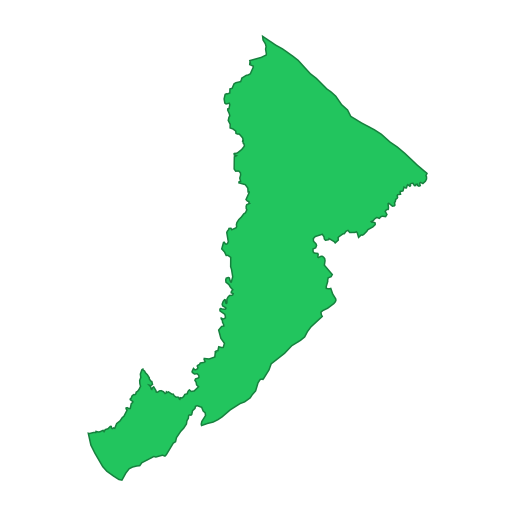 District #4, Grand Bassa, Liberia, rotated 178°
{"feature_id": "62588387B61310853787803", "entity_name": "District #4", "entity_type": "district", "adm_level": 2, "iso_a3": "LBR", "parent_name": "Liberia", "parent_adm1": "Grand Bassa", "projection": "mercator", "projection_center": [-9.694, 5.903], "detail": "fine", "context": "isolated", "style": "filled", "palette": "green", "viewbox_px": 512, "rotation_deg": 178, "n_neighbors": 0, "source": "geoboundaries", "source_scale": "gbopen_adm2", "svg_char_len": 6092}
<svg xmlns="http://www.w3.org/2000/svg" viewBox="0 0 512 512"><g transform="rotate(178 256 256)"><path d="M203.6,183.2L191.9,193.3L192.7,194.9L193.1,197.5L191.2,199.1L186.2,201.3L179.9,205.7L178.3,207.5L177.7,208.9L177.8,210.3L180.7,215.4L182.4,221.0L184.3,220.6L186.9,221.2L186.9,223.0L185.2,228.1L185.2,229.6L184.6,231.7L181.7,232.7L180.4,234.8L188.0,244.4L187.2,248.8L187.4,250.9L188.3,252.2L189.5,253.3L190.9,253.5L193.6,252.3L194.3,252.9L193.8,255.4L194.2,256.4L197.6,256.9L198.8,258.2L198.8,261.0L196.1,262.1L195.1,264.5L195.7,266.2L198.0,268.7L198.1,271.4L196.1,273.4L189.0,275.4L187.4,272.9L187.1,270.6L186.0,269.3L182.8,269.8L182.4,270.9L177.3,267.6L176.4,266.3L173.2,269.0L173.3,271.6L172.3,272.5L168.3,275.1L167.0,275.2L165.1,277.6L163.2,278.4L161.5,276.2L156.3,276.1L154.8,276.7L154.0,275.6L152.8,271.0L150.1,273.4L149.0,273.1L147.7,273.7L144.4,276.8L143.3,278.4L138.2,281.0L135.8,283.2L135.8,284.9L137.2,285.6L139.0,285.6L139.7,286.3L137.4,287.5L136.2,288.9L133.9,290.3L131.4,289.3L130.0,290.8L128.4,291.4L125.1,290.8L123.7,292.9L125.3,296.0L124.4,297.3L123.4,297.9L122.3,297.9L121.9,299.4L122.2,303.6L121.4,304.1L117.9,301.0L116.0,301.3L115.4,302.0L115.7,304.7L114.9,305.4L114.4,307.7L112.9,308.8L112.4,309.9L112.9,311.1L112.3,312.3L109.4,312.7L109.8,314.7L109.5,315.6L108.4,315.5L106.8,316.0L105.7,319.7L104.2,318.8L103.3,318.8L102.5,321.1L101.8,322.0L99.8,320.3L99.1,320.9L99.5,322.3L98.5,323.0L96.6,323.2L95.2,320.8L94.0,320.8L93.7,322.0L92.2,322.1L92.0,320.8L90.7,320.1L89.4,320.6L89.9,323.0L89.0,323.8L86.7,322.6L84.1,324.8L82.9,327.0L82.8,329.2L83.4,330.3L82.2,332.6L91.6,341.1L103.7,353.4L111.0,360.0L118.1,365.2L126.5,373.3L133.4,378.1L146.1,385.4L156.4,392.2L159.4,398.7L165.2,404.3L170.7,412.9L175.1,417.2L179.3,420.4L189.5,431.4L195.5,436.4L207.0,450.0L212.1,454.3L222.2,462.0L228.7,465.9L241.7,475.3L241.4,471.6L239.2,467.7L238.6,464.8L239.2,462.5L238.6,457.7L238.8,456.5L243.8,454.3L255.4,451.5L254.9,449.0L255.4,449.1L255.6,447.5L252.2,445.9L252.2,444.7L255.3,438.3L257.8,437.1L259.4,436.9L264.1,434.2L264.2,433.2L265.3,430.8L270.0,429.9L271.9,428.9L274.0,424.4L276.2,423.9L276.5,419.8L279.4,418.9L279.9,419.2L281.2,418.6L282.4,414.1L281.8,409.9L280.6,409.0L277.3,409.6L276.9,408.0L277.9,404.2L279.1,404.0L279.2,402.8L277.7,399.1L277.3,396.9L278.2,395.6L279.0,392.4L277.2,388.5L277.4,384.9L274.7,383.8L271.9,381.6L271.7,379.2L270.1,378.5L268.4,378.4L265.4,374.7L264.9,373.2L265.3,371.4L264.8,371.5L265.0,370.6L264.7,368.8L264.0,368.4L263.8,366.2L266.6,362.9L270.8,359.8L272.7,359.1L273.3,359.4L274.3,359.1L274.2,357.7L272.1,356.9L274.2,355.9L274.8,343.7L273.4,341.5L270.3,341.5L268.7,339.8L268.5,337.6L269.5,334.4L268.8,331.2L270.4,330.7L270.5,329.7L264.2,327.7L261.8,324.1L261.7,320.3L260.6,320.3L260.5,319.9L264.0,312.8L262.7,311.2L261.2,310.7L261.2,309.3L260.6,308.8L263.5,307.6L264.1,306.0L264.1,303.6L263.5,302.6L265.0,299.6L266.8,298.5L269.2,295.5L271.9,293.0L273.9,290.1L274.5,288.0L274.3,286.1L274.9,284.9L279.3,283.1L280.1,284.6L282.0,284.5L282.6,283.1L283.9,281.6L284.4,280.4L283.2,271.2L284.0,269.6L285.1,268.8L286.2,269.2L287.3,270.9L288.0,270.7L290.0,264.3L287.3,261.1L285.8,257.6L284.0,257.6L281.3,255.5L281.7,246.2L280.9,243.4L280.0,236.0L281.6,230.8L282.1,230.8L282.7,232.2L283.4,235.0L284.4,235.5L286.5,234.9L287.1,233.2L286.9,230.8L284.1,228.4L282.5,225.5L280.4,223.0L281.8,221.5L282.1,220.1L280.1,219.2L280.5,218.1L281.6,217.5L283.8,217.5L285.4,215.9L286.6,213.8L286.7,210.2L287.1,209.6L287.7,209.8L287.9,210.5L288.3,213.3L288.9,213.5L290.4,211.8L291.5,209.0L291.1,207.3L288.0,205.3L287.9,204.5L288.6,203.9L291.5,204.1L293.1,204.8L293.9,204.2L293.9,202.4L289.3,198.9L288.8,197.2L288.7,195.3L289.5,194.8L291.0,194.1L292.9,195.2L293.0,194.5L291.8,192.6L291.8,191.1L290.7,188.5L290.6,187.1L292.8,186.8L295.9,183.3L294.0,175.0L290.6,169.8L291.9,165.8L293.4,165.7L296.4,166.6L297.4,162.7L299.1,162.5L300.1,161.7L299.6,160.9L300.1,160.7L300.7,156.5L306.5,154.7L311.3,155.4L311.5,154.4L310.5,152.2L311.6,151.5L315.4,151.0L316.3,149.5L317.8,148.9L318.6,148.1L317.9,146.4L318.7,145.1L320.4,144.4L321.2,144.5L322.4,145.8L323.9,142.9L323.7,141.8L321.6,140.2L318.9,140.4L317.4,138.7L317.2,136.9L318.2,136.0L320.7,135.3L321.4,133.9L320.2,131.8L319.9,129.3L318.0,127.3L322.6,123.2L325.6,122.9L327.2,124.5L328.1,123.8L329.2,122.0L329.3,120.8L332.0,120.1L333.3,117.9L335.1,116.7L336.3,117.0L337.1,115.4L337.8,116.0L337.9,117.1L338.9,117.7L340.8,117.7L342.7,119.2L343.5,120.8L344.9,120.9L348.3,123.3L349.5,122.7L350.3,123.4L350.7,122.1L351.7,121.7L353.2,123.6L355.4,124.7L357.1,124.6L359.4,123.2L360.4,123.5L360.8,125.2L362.8,128.8L364.1,127.9L364.8,126.3L365.5,126.9L365.9,129.1L367.2,130.6L365.7,130.1L363.9,131.3L364.5,134.2L365.2,134.4L366.9,136.8L366.9,138.0L368.7,141.1L370.6,143.2L371.3,144.8L372.9,146.1L373.0,146.9L373.5,146.7L374.1,146.2L375.7,142.0L375.4,138.6L376.6,135.7L376.5,132.4L375.9,129.8L377.6,126.7L379.1,124.9L380.5,124.1L380.9,122.4L381.9,121.6L383.0,121.8L384.7,120.6L385.8,118.1L386.7,117.5L386.7,116.8L384.2,114.9L384.4,113.9L385.8,112.8L387.0,108.0L388.4,108.0L390.0,108.9L391.1,108.7L391.2,107.8L390.2,106.5L393.7,100.3L395.2,99.3L397.6,96.0L401.1,93.4L403.2,88.7L404.3,89.2L405.6,88.5L406.4,89.1L406.6,90.7L407.5,90.8L410.0,88.5L412.7,87.8L414.0,85.8L414.9,87.1L418.1,85.8L419.8,85.6L422.0,86.3L422.2,85.2L424.4,85.3L428.5,84.4L429.8,84.7L427.6,72.7L423.8,64.4L416.5,50.8L412.6,46.1L405.9,40.9L400.8,37.4L397.8,36.7L393.6,43.7L390.2,47.8L386.7,49.4L382.4,50.3L379.5,50.5L377.3,53.4L365.1,59.2L363.1,58.6L356.4,60.2L354.0,59.2L352.6,60.5L345.2,71.9L342.9,73.2L341.8,77.3L337.5,83.2L334.3,86.4L331.4,90.5L330.8,93.8L329.3,96.1L328.9,98.9L328.2,99.5L326.6,99.2L325.8,99.8L324.8,103.6L322.3,105.8L321.8,107.8L320.1,108.5L315.6,106.7L314.2,102.9L312.3,101.1L312.0,98.3L315.9,92.6L316.6,89.9L316.3,88.5L310.1,90.4L304.7,91.5L299.7,93.8L295.5,96.4L287.0,103.2L277.0,109.1L272.5,110.6L266.8,114.4L264.6,117.5L261.1,121.2L258.4,129.2L256.1,132.5L254.1,132.8L253.4,132.4L252.7,133.2L247.0,141.7L244.6,147.7L230.8,157.8L223.4,165.1L214.4,170.2L210.2,173.4L207.2,178.7L203.6,183.2Z" fill="#22c55e" stroke="#15803d" stroke-width="1.5"/></g></svg>